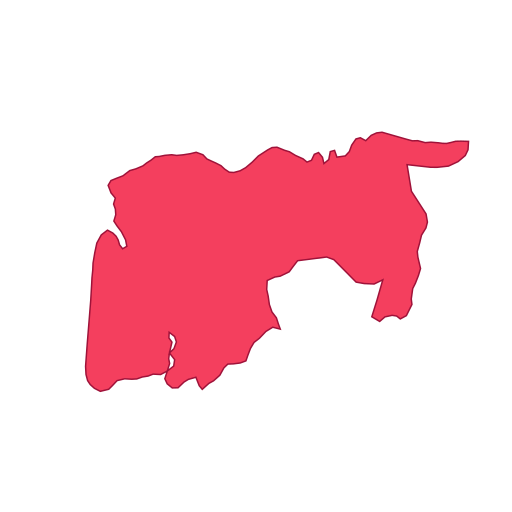 Cedral, Maranhão, Brazil, rotated 200°
{"feature_id": "56859067B34122306289677", "entity_name": "Cedral", "entity_type": "district", "adm_level": 2, "iso_a3": "BRA", "parent_name": "Brazil", "parent_adm1": "Maranhão", "projection": "equal_earth", "projection_center": [-44.6, -1.977], "detail": "fine", "context": "isolated", "style": "filled", "palette": "rose", "viewbox_px": 512, "rotation_deg": 200, "n_neighbors": 0, "source": "geoboundaries", "source_scale": "gbopen_adm2", "svg_char_len": 2513}
<svg xmlns="http://www.w3.org/2000/svg" viewBox="0 0 512 512"><g transform="rotate(200 256 256)"><path d="M288.0,350.8L291.6,343.0L295.9,335.5L300.0,330.7L305.4,326.9L309.8,325.6L315.1,326.9L319.8,328.9L325.5,329.6L330.9,330.0L335.3,330.4L340.5,333.0L347.7,333.0L353.0,329.5L359.2,326.1L364.9,323.4L369.9,322.3L376.1,319.4L381.0,316.4L384.6,314.8L387.4,310.2L390.6,306.0L393.1,302.0L398.7,296.8L403.8,293.1L408.5,285.8L413.8,281.2L418.1,277.3L419.1,271.8L413.8,265.7L408.0,262.3L407.6,256.1L404.2,252.0L401.9,246.8L401.5,240.2L397.0,236.8L390.8,232.8L384.1,226.6L380.7,220.9L383.8,217.2L388.0,219.8L390.9,223.8L394.2,226.7L398.4,228.6L404.4,229.5L408.6,222.9L410.0,213.7L408.6,203.8L406.7,193.6L404.6,187.0L402.7,179.5L400.7,173.0L396.1,157.7L384.4,115.2L378.4,94.0L375.2,86.5L371.6,81.3L367.8,78.5L362.6,76.4L356.0,75.6L348.8,80.4L346.6,85.1L343.9,91.4L337.4,95.7L330.7,97.7L326.0,99.7L321.5,103.4L316.3,106.3L312.3,109.8L305.1,112.0L300.0,117.6L299.7,109.5L295.7,105.5L289.6,103.4L284.2,105.5L280.5,113.0L277.4,116.9L271.0,121.5L265.0,114.7L260.9,112.3L256.7,120.2L253.2,124.2L249.2,131.6L247.9,139.9L245.5,144.8L240.2,147.0L234.2,150.1L229.6,154.0L229.7,160.0L229.6,167.2L228.3,174.1L224.7,179.8L220.9,188.5L215.9,194.8L208.2,195.6L211.9,200.0L215.7,204.9L221.9,208.9L226.8,214.9L230.8,222.4L234.5,228.2L237.1,236.8L231.1,242.7L226.4,245.3L219.4,252.5L217.4,259.2L215.3,265.8L189.3,279.2L181.6,279.2L171.8,274.6L153.0,265.7L144.9,267.1L135.4,270.1L128.7,277.0L127.2,255.7L126.4,238.5L117.4,236.8L114.0,242.9L107.8,246.8L103.3,247.7L98.9,246.2L94.3,251.4L92.9,263.8L95.4,268.7L97.6,279.0L96.9,284.9L96.7,293.3L97.1,300.5L103.5,310.3L106.0,315.4L106.7,324.3L107.6,332.2L105.9,340.5L106.5,346.5L110.6,353.7L132.1,370.0L145.3,393.5L122.3,399.1L116.1,401.3L105.9,406.3L98.4,413.8L93.7,422.0L93.1,428.3L95.5,436.4L102.7,434.0L107.6,432.1L111.4,429.5L115.3,427.0L119.1,425.7L123.2,424.8L130.5,422.8L135.8,420.4L143.4,419.7L148.5,417.7L155.6,417.1L179.9,415.4L184.8,412.9L189.0,408.8L192.3,401.9L198.4,402.8L202.1,400.2L204.0,392.9L204.0,386.1L206.3,380.6L213.8,376.6L218.3,382.1L221.9,379.5L220.6,371.5L223.8,366.1L227.3,371.5L232.6,374.6L236.0,371.5L236.6,364.9L240.2,361.7L245.0,363.4L253.3,364.0L260.3,365.4L265.2,365.1L273.5,365.4L278.0,363.4L281.3,359.7L288.0,350.8ZM304.2,135.3L305.5,146.3L309.8,149.2L311.5,154.6L304.9,152.5L301.4,148.0L301.4,140.8L304.2,135.3ZM300.0,117.6L300.4,125.5L302.9,129.6L304.2,135.3L297.0,130.8L295.7,124.4L300.0,117.6Z" fill="#f43f5e" stroke="#9f1239" stroke-width="1.5"/></g></svg>